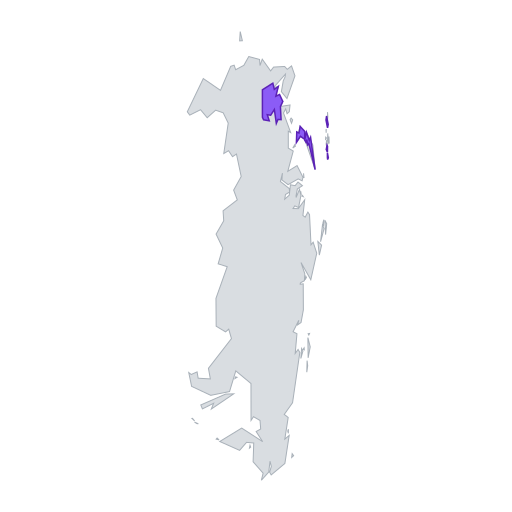 location of Arkhangel'sk within Russia, rotated 91°
{"feature_id": "RUS-2354", "entity_name": "Arkhangel'sk", "entity_type": "Region", "adm_level": 1, "iso_a3": "RUS", "parent_name": "Russia", "parent_adm1": "", "projection": "natural_earth1", "projection_center": [52.194, 71.252], "detail": "coarse", "context": "in_parent", "style": "filled", "palette": "violet", "viewbox_px": 512, "rotation_deg": 91, "n_neighbors": 0, "source": "natural_earth", "source_scale": "10m", "svg_char_len": 4438}
<svg xmlns="http://www.w3.org/2000/svg" viewBox="0 0 512 512"><g transform="rotate(91 256 256)"><path d="M387.5,318.1L373.7,321.2L375.6,318.7L372.9,312.9L379.2,311.7L379.7,299.5L369.1,301.6L339.0,279.1L329.6,282.0L332.4,285.1L326.9,294.6L299.1,295.3L267.2,284.6L264.5,293.7L248.6,289.4L234.8,296.3L221.4,288.9L211.4,289.7L200.2,275.7L190.5,279.5L176.8,272.2L154.4,277.3L157.1,281.2L151.2,285.3L154.1,290.0L123.6,286.1L113.4,291.3L110.9,298.9L118.6,307.2L110.7,314.0L116.3,324.7L113.0,327.2L79.5,311.8L91.0,294.4L66.8,284.6L65.6,281.2L70.1,279.6L65.6,271.5L56.7,266.7L59.4,255.9L65.5,255.3L59.1,253.2L70.7,244.6L66.8,241.7L66.0,230.7L68.8,228.0L65.3,223.8L75.2,220.2L98.0,227.8L91.3,233.5L80.3,231.8L76.4,230.0L73.6,229.7L87.3,241.4L86.2,236.6L93.9,238.7L101.0,231.9L106.0,233.7L104.4,224.6L111.1,225.2L113.2,227.4L108.4,228.9L112.5,231.0L132.0,223.5L130.6,225.9L147.6,225.6L150.4,220.6L170.8,225.7L164.9,216.5L176.5,210.4L180.0,211.2L178.2,215.2L184.1,225.2L179.5,231.4L172.7,231.0L181.1,232.9L188.0,223.9L191.4,223.5L194.0,227.6L198.7,228.3L194.6,223.8L184.2,222.8L185.0,218.1L181.3,215.3L184.9,210.8L188.2,215.8L195.0,217.0L196.8,216.9L188.6,213.7L194.5,212.1L206.8,214.3L205.2,218.1L207.9,219.8L207.9,214.5L199.0,208.3L214.7,209.8L216.3,207.5L211.2,204.9L213.7,203.2L243.9,201.2L241.2,199.1L252.1,195.3L278.8,200.8L261.7,210.9L272.9,206.9L279.9,207.2L281.8,210.7L282.6,211.3L283.5,211.3L283.0,208.3L309.0,207.7L321.7,209.8L324.1,213.1L319.5,212.1L331.1,217.6L333.0,213.7L352.7,215.1L348.7,212.3L351.7,210.5L402.1,216.9L413.9,225.0L416.9,221.0L438.6,224.0L434.8,219.7L462.9,223.5L474.6,237.0L471.9,238.6L466.1,237.0L460.9,238.4L471.8,239.5L480.1,246.7L473.0,245.1L461.8,255.3L443.0,255.0L442.5,262.2L450.6,269.0L442.1,289.0L428.3,267.3L441.5,246.1L431.5,252.8L428.9,248.3L420.4,249.1L416.7,255.7L420.5,258.1L383.6,258.8L371.2,274.2L392.0,280.1L396.1,298.8L387.5,318.1ZM168.4,198.4L138.9,209.2L131.7,207.7L144.1,201.1L168.4,198.4ZM394.2,275.9L409.8,298.0L404.0,295.8L409.8,306.9L405.9,308.6L394.6,284.0L394.2,275.9ZM125.8,214.2L138.4,209.5L135.7,213.6L141.8,217.6L125.8,214.2ZM336.7,202.7L345.9,200.2L356.9,202.1L336.7,202.7ZM227.5,188.4L240.6,191.7L223.8,190.1L227.5,188.4ZM222.5,185.9L233.4,186.8L219.1,187.7L222.5,185.9ZM244.0,190.6L254.0,192.7L240.4,194.4L244.0,190.6ZM359.7,203.1L364.8,202.4L371.3,203.2L359.7,203.1ZM31.9,275.7L41.0,273.4L41.2,276.1L31.9,275.7ZM120.5,187.3L126.6,186.8L114.8,187.9L120.5,187.3ZM350.2,207.4L357.7,209.4L347.7,208.8L350.2,207.4ZM122.7,222.8L119.1,224.3L117.5,223.3L119.3,221.7L122.7,222.8ZM132.1,186.4L137.6,185.9L140.5,186.5L132.1,186.4ZM150.8,186.4L148.3,187.5L144.2,187.1L145.1,186.4L150.8,186.4ZM156.3,186.6L151.6,186.4L158.3,186.1L156.3,186.6ZM145.5,218.5L147.4,221.1L144.0,219.2L145.5,218.5ZM225.0,189.0L221.4,189.6L218.5,188.8L225.0,189.0ZM135.3,185.1L142.3,184.8L139.8,185.6L135.3,185.1ZM456.8,216.8L453.0,216.4L455.0,214.9L456.8,216.8ZM115.3,186.6L119.6,186.9L110.9,187.0L115.3,186.6ZM176.7,209.6L172.5,209.9L176.7,209.4L176.7,209.6ZM276.6,205.2L279.0,206.6L275.4,205.8L276.6,205.2ZM432.7,220.6L430.5,221.2L428.6,220.6L432.7,220.6ZM142.2,187.8L138.9,187.4L144.2,187.7L142.2,187.8ZM141.2,185.6L143.3,186.4L139.3,185.9L141.2,185.6ZM424.8,310.7L424.6,312.3L423.1,314.6L424.8,310.7ZM136.7,187.7L138.9,188.5L136.0,188.4L136.7,187.7ZM194.2,211.8L191.2,212.5L190.5,212.4L194.2,211.8ZM448.2,259.2L445.4,258.7L447.2,258.0L448.2,259.2ZM349.0,206.1L348.4,207.2L347.0,206.3L349.0,206.1ZM377.6,272.9L378.9,274.9L377.2,274.4L377.6,272.9ZM440.5,289.7L439.8,292.6L438.7,291.7L440.5,289.7ZM131.6,188.0L128.8,188.2L127.8,188.0L131.6,188.0ZM195.8,209.8L195.3,211.0L194.6,210.6L195.8,209.8ZM334.1,201.8L332.8,202.5L332.5,201.1L334.1,201.8ZM419.4,316.7L422.0,314.5L419.5,317.2L419.4,316.7Z" fill="#d9dde1" stroke="#a8b0b8" stroke-width="1"/><path d="M82.9,242.2L89.1,240.6L86.1,236.7L95.9,238.9L94.1,235.3L101.0,231.9L106.1,234.2L119.2,233.3L119.1,236.4L123.1,238.0L109.2,240.2L115.0,243.8L114.5,247.2L120.6,245.1L119.7,250.8L117.2,252.0L89.7,252.5L82.9,242.2ZM139.6,204.7L136.5,203.5L168.6,198.4L142.6,205.1L144.0,206.2L138.7,207.3L141.4,208.0L139.2,209.4L131.4,207.7L139.6,204.7ZM125.7,214.1L130.6,209.4L138.4,209.4L135.5,213.7L141.8,217.6L131.2,217.4L132.3,215.2L125.7,214.1ZM126.6,186.7L118.8,188.4L114.8,187.9L123.2,186.1L126.6,186.7ZM150.9,186.4L148.3,187.6L144.0,186.9L145.1,186.4L150.9,186.4ZM151.6,186.4L156.5,185.4L158.3,186.1L151.6,186.4Z" fill="#8b5cf6" stroke="#5b21b6" stroke-width="1.5"/></g></svg>